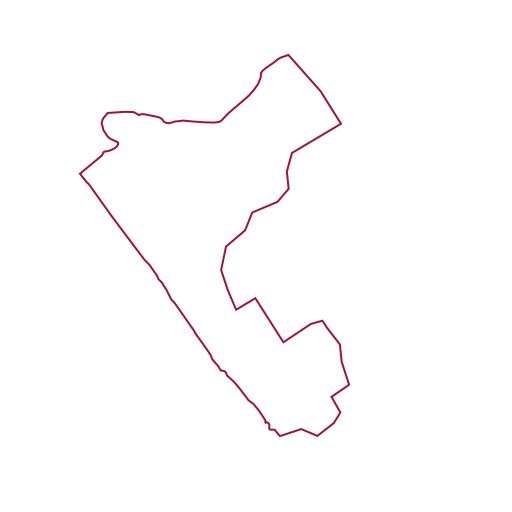 the district of Ablekuma West Municipal, Greater Accra, Ghana, rotated 67°
{"feature_id": "2480657B12570528382412", "entity_name": "Ablekuma West Municipal", "entity_type": "district", "adm_level": 2, "iso_a3": "GHA", "parent_name": "Ghana", "parent_adm1": "Greater Accra", "projection": "robinson", "projection_center": [-0.256, 5.538], "detail": "fine", "context": "isolated", "style": "outline", "palette": "rose", "viewbox_px": 512, "rotation_deg": 67, "n_neighbors": 0, "source": "geoboundaries", "source_scale": "gbopen_adm2", "svg_char_len": 1769}
<svg xmlns="http://www.w3.org/2000/svg" viewBox="0 0 512 512"><g transform="rotate(67 256 256)"><path d="M167.5,126.1L129.8,132.1L83.6,147.6L83.0,156.4L83.6,159.4L85.0,164.7L86.7,173.0L88.1,177.8L89.6,180.0L93.2,181.7L98.4,186.7L102.4,193.2L105.6,200.0L109.0,210.4L111.9,219.8L114.0,226.1L116.1,231.0L118.0,235.4L118.1,237.9L116.9,242.2L112.6,251.6L107.1,262.4L105.9,264.6L104.8,266.7L102.9,270.0L101.9,273.9L100.6,277.7L99.9,283.8L98.8,286.1L96.7,288.2L93.2,289.0L91.4,290.3L90.1,291.5L88.0,294.5L85.9,297.5L83.3,301.3L81.3,304.4L80.6,306.4L80.5,308.7L75.8,312.3L75.1,313.8L73.3,317.6L71.4,322.1L66.4,336.6L69.2,342.1L70.2,343.7L73.6,346.3L77.4,346.7L80.2,347.3L81.3,347.2L83.4,346.7L86.6,346.3L88.6,345.7L91.4,344.1L94.1,341.7L96.6,339.4L97.8,338.7L99.4,339.4L100.7,341.0L101.7,344.2L101.8,349.3L101.5,352.0L100.9,353.3L100.8,355.6L101.8,356.8L103.3,358.7L111.5,385.9L121.9,383.0L124.5,381.8L145.4,377.2L163.3,373.2L196.5,365.0L216.4,360.0L222.5,357.5L225.5,356.9L235.6,354.8L239.3,354.8L244.3,352.8L246.5,352.7L252.5,351.6L262.9,351.0L267.4,349.3L273.3,348.0L283.2,345.9L289.5,344.6L299.7,342.4L304.2,341.9L312.5,340.0L324.5,337.4L329.7,336.4L334.1,336.6L342.3,333.9L347.5,333.2L349.7,330.0L351.6,329.3L354.8,329.3L363.8,325.2L371.8,322.8L386.0,319.2L391.3,316.1L399.5,313.7L410.9,311.6L412.5,312.3L413.3,312.2L413.2,311.3L414.2,310.0L416.3,309.6L419.8,311.2L421.3,310.9L422.0,309.4L423.2,306.7L431.1,304.4L433.0,282.0L445.6,269.8L440.2,249.6L433.0,239.5L415.1,241.5L411.5,223.3L410.8,220.6L386.9,218.5L370.2,213.3L350.6,218.5L341.5,220.2L340.0,232.1L346.1,264.5L294.6,273.1L297.7,295.3L276.5,295.3L255.3,293.6L235.6,279.9L228.1,256.0L214.5,242.4L214.5,215.0L206.9,199.7L190.3,194.6L175.2,182.6L167.5,126.1Z" fill="none" stroke="#9f1239" stroke-width="2"/></g></svg>